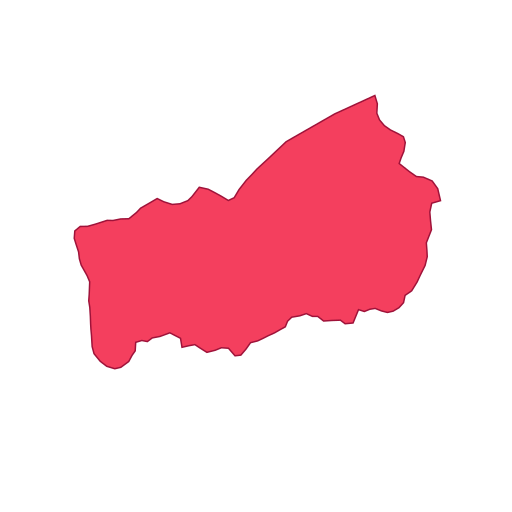 Cajobi, São Paulo, Brazil, rotated 326°
{"feature_id": "56859067B15563868354726", "entity_name": "Cajobi", "entity_type": "district", "adm_level": 2, "iso_a3": "BRA", "parent_name": "Brazil", "parent_adm1": "São Paulo", "projection": "mercator", "projection_center": [-48.85, -20.875], "detail": "fine", "context": "isolated", "style": "filled", "palette": "rose", "viewbox_px": 512, "rotation_deg": 326, "n_neighbors": 0, "source": "geoboundaries", "source_scale": "gbopen_adm2", "svg_char_len": 1716}
<svg xmlns="http://www.w3.org/2000/svg" viewBox="0 0 512 512"><g transform="rotate(326 256 256)"><path d="M171.4,154.0L164.5,149.6L157.3,146.6L152.5,143.2L140.4,139.7L132.9,137.2L126.8,133.2L119.8,133.9L115.2,139.7L113.5,145.3L111.2,153.4L108.0,159.6L106.0,165.8L105.0,177.9L103.7,184.4L96.3,194.5L92.3,199.6L89.4,205.8L85.0,213.3L81.0,219.7L78.2,224.4L75.0,230.2L69.5,239.5L67.1,246.4L68.0,256.3L70.6,264.0L75.9,270.5L81.7,272.7L91.5,272.3L97.8,269.0L102.8,267.1L108.0,260.3L114.1,262.2L118.1,266.2L124.2,265.9L131.4,269.0L141.6,271.5L147.4,282.0L143.6,290.3L150.3,292.9L155.8,295.3L158.1,300.9L161.4,308.4L169.4,311.3L176.0,312.7L181.6,317.1L182.8,327.0L188.0,329.7L195.6,327.6L203.0,324.8L209.9,327.3L215.8,328.2L221.5,328.9L228.5,330.1L234.3,330.5L240.7,331.1L245.7,327.7L251.4,326.7L258.9,330.1L265.5,331.9L269.0,337.6L273.4,340.6L275.7,347.7L282.9,351.9L290.1,356.4L292.0,362.0L299.0,365.8L305.3,361.6L311.0,357.8L314.8,362.6L320.6,363.8L325.5,366.1L329.3,371.7L333.4,376.3L338.8,378.4L345.6,378.8L352.2,377.2L357.6,372.0L365.6,371.9L375.1,367.6L381.2,363.9L390.9,358.4L397.6,352.3L400.9,346.8L404.6,340.3L416.2,332.3L420.5,324.2L424.7,316.7L431.2,310.5L439.9,313.3L444.3,301.8L444.0,292.3L438.8,284.2L433.4,279.8L430.3,271.7L426.4,259.4L431.0,255.9L437.1,251.9L443.2,245.4L444.9,239.6L442.3,234.3L437.9,226.6L435.3,219.7L434.5,212.3L436.0,205.2L441.7,197.7L444.3,189.4L400.7,182.2L345.0,178.1L320.1,182.2L305.6,184.4L298.0,186.2L290.3,187.8L279.2,191.4L270.5,195.5L264.1,194.5L261.0,187.8L257.7,181.3L253.7,173.9L247.4,167.3L236.0,171.0L230.5,172.0L222.2,170.2L215.4,166.4L209.9,159.5L206.2,153.1L196.6,152.5L187.1,151.8L181.3,153.1L171.4,154.0Z" fill="#f43f5e" stroke="#9f1239" stroke-width="1.5"/></g></svg>